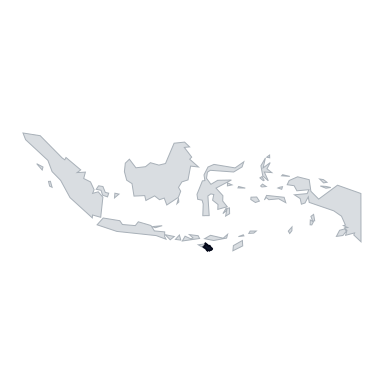 Sumba Timur, Nusa Tenggara Timur, Indonesia shown in context
{"feature_id": "22746128B15873256673931", "entity_name": "Sumba Timur", "entity_type": "district", "adm_level": 2, "iso_a3": "IDN", "parent_name": "Indonesia", "parent_adm1": "Nusa Tenggara Timur", "projection": "mercator", "projection_center": [120.165, -9.805], "detail": "fine", "context": "in_parent", "style": "filled", "palette": "ink", "viewbox_px": 384, "rotation_deg": 0, "n_neighbors": 0, "source": "geoboundaries", "source_scale": "gbopen_adm2", "svg_char_len": 5539}
<svg xmlns="http://www.w3.org/2000/svg" viewBox="0 0 384 384"><path d="M129.4,159.2L135.9,167.8L145.5,166.7L150.4,162.7L158.9,165.1L165.5,163.5L174.1,143.2L184.6,142.1L189.6,146.9L184.3,147.4L191.7,157.1L189.7,159.2L198.5,167.0L190.6,166.1L188.0,179.9L181.9,181.9L178.5,187.4L180.7,191.2L178.4,197.3L166.8,205.0L164.2,198.1L159.5,199.7L154.6,195.9L145.9,200.5L144.7,195.6L134.0,196.1L132.0,183.6L126.7,180.2L124.4,171.6L125.3,163.2L129.4,159.2ZM23.0,133.0L40.2,135.7L62.2,158.0L64.8,159.8L66.0,157.5L80.7,169.9L77.1,172.6L85.4,172.1L83.7,178.5L90.5,181.9L94.1,189.7L92.6,193.4L98.2,191.8L102.9,197.2L100.7,217.3L92.6,215.0L92.3,217.9L70.0,197.6L60.6,180.3L52.1,171.6L47.9,160.4L25.6,139.7L23.0,133.0ZM360.9,193.5L361.0,241.8L353.8,235.0L354.6,232.9L345.6,235.3L347.0,230.4L344.5,227.9L345.4,227.5L346.8,227.7L347.7,227.5L343.4,225.6L345.4,225.0L341.5,216.2L333.7,210.8L309.2,202.4L308.3,196.8L305.0,203.0L301.4,204.2L300.2,198.6L294.4,194.8L307.2,193.6L308.9,189.7L296.9,190.8L294.1,185.7L287.2,184.7L289.2,180.5L297.6,176.8L309.2,179.7L310.9,191.3L318.7,199.1L337.5,185.2L360.9,193.5ZM242.1,166.9L233.7,172.0L210.3,170.3L207.4,172.2L206.5,178.3L210.9,184.3L217.7,180.3L231.4,180.0L216.0,188.1L222.9,195.7L222.7,201.0L227.2,206.7L217.8,209.4L218.0,204.5L212.6,200.2L213.8,194.5L210.8,193.9L207.9,196.0L209.2,215.6L202.8,215.7L203.2,204.0L202.1,200.2L197.7,199.3L197.0,194.3L202.4,180.9L204.9,180.6L204.0,174.9L208.0,167.0L214.0,164.4L235.1,167.9L243.8,161.8L242.1,166.9ZM103.2,218.0L119.8,220.7L122.4,224.5L135.3,225.6L138.3,221.8L150.9,225.5L154.4,230.9L164.7,231.9L164.6,236.5L166.0,239.2L156.2,235.6L116.8,231.4L97.1,224.8L103.2,218.0ZM263.1,167.9L270.2,162.6L267.0,168.8L271.8,172.6L264.3,172.0L268.3,180.8L262.8,176.0L260.9,165.8L265.4,158.0L263.1,167.9ZM266.6,195.4L284.1,197.3L285.8,202.7L278.7,198.8L268.9,199.7L266.1,197.5L264.4,200.0L266.6,195.4ZM226.6,238.1L213.7,240.5L204.6,238.7L210.5,235.3L223.2,238.2L227.6,234.3L226.6,238.1ZM189.4,234.6L198.1,235.7L199.6,238.5L182.3,241.0L185.1,236.2L191.0,238.9L193.0,237.9L189.4,234.6ZM242.4,240.5L242.7,245.9L232.9,250.8L233.4,245.6L242.4,240.5ZM102.9,186.5L105.3,192.4L108.7,193.2L107.5,196.9L102.6,195.1L101.0,190.3L96.2,189.3L98.6,185.8L102.9,186.5ZM342.9,235.5L336.4,236.4L339.6,230.3L344.7,228.9L346.3,231.2L342.9,235.5ZM206.1,243.8L210.1,246.3L212.0,249.3L207.9,250.3L198.3,244.8L206.1,243.8ZM256.7,197.0L259.4,201.1L255.4,202.5L250.8,199.5L251.0,197.2L256.7,197.0ZM165.2,234.7L174.3,236.5L170.2,239.8L165.2,234.7ZM179.4,235.0L180.8,240.1L175.4,239.4L179.4,235.0ZM119.0,194.1L114.5,197.9L114.9,193.2L119.0,194.1ZM313.6,214.4L314.7,220.8L312.7,221.1L310.9,216.4L313.6,214.4ZM162.2,225.7L155.3,227.7L152.3,226.6L162.2,225.7ZM229.5,207.9L229.6,213.7L225.6,216.1L227.1,208.4L229.5,207.9ZM36.7,163.7L43.0,167.0L42.2,170.0L36.7,163.7ZM52.1,187.3L49.6,186.1L48.5,181.4L50.4,181.3L52.1,187.3ZM289.7,233.5L288.3,231.1L292.0,226.9L291.9,230.7L289.7,233.5ZM282.6,174.7L289.8,176.4L281.6,175.8L282.6,174.7ZM238.6,186.5L245.3,188.1L238.0,187.9L238.6,186.5ZM226.4,210.7L222.9,213.6L226.0,208.4L226.4,210.7ZM319.6,179.0L323.4,179.6L327.0,182.3L323.6,182.9L319.6,179.0ZM256.3,231.0L253.8,233.1L248.8,233.4L250.2,231.0L256.3,231.0ZM313.4,221.9L311.8,224.9L310.1,224.8L310.3,220.0L313.4,221.9ZM266.2,186.5L261.9,187.0L260.6,186.0L262.5,184.1L266.2,186.5ZM320.3,186.0L325.7,186.4L330.8,187.5L325.9,188.2L320.3,186.0ZM227.5,182.9L232.0,184.9L227.4,185.9L227.5,182.9ZM269.7,157.8L266.7,157.2L269.6,155.0L269.7,157.8ZM238.4,236.6L243.3,234.8L243.9,235.9L238.4,236.6ZM282.5,186.7L281.7,189.3L277.9,188.0L279.8,187.2L282.5,186.7ZM178.8,202.0L176.9,203.8L178.5,198.2L178.8,202.0ZM261.9,176.6L264.2,180.2L263.3,180.7L259.9,177.9L261.9,176.6Z" fill="#d9dde1" stroke="#a8b0b8" stroke-width="1"/><path d="M203.9,247.2L203.6,247.2L203.7,247.3L203.8,247.3L204.0,247.4L204.0,247.5L204.3,247.7L204.4,247.8L204.5,247.8L204.8,247.9L205.0,247.9L205.1,248.0L205.3,248.1L205.3,248.3L205.5,248.3L205.8,248.6L206.0,248.7L206.0,248.8L206.1,249.0L206.1,249.3L206.3,249.4L206.5,249.6L206.6,249.8L206.8,249.8L207.0,249.9L207.0,250.0L207.2,250.3L207.3,250.3L207.3,250.2L207.5,250.2L207.6,250.3L207.8,250.3L208.0,250.3L208.3,250.4L208.5,250.3L208.9,250.5L209.2,250.7L209.3,250.8L209.4,250.7L209.5,250.7L209.6,250.4L209.8,250.4L210.1,250.2L210.2,250.3L210.3,250.3L210.5,250.3L210.7,250.2L211.0,250.2L211.3,250.0L211.4,249.9L211.5,249.9L211.6,249.7L211.9,249.5L212.0,249.4L212.2,249.2L212.3,249.0L212.3,248.7L212.2,248.6L212.1,248.4L211.9,248.2L211.7,248.0L211.6,247.9L211.4,247.9L211.2,247.8L211.2,247.7L210.9,247.5L210.7,247.1L210.6,246.9L210.5,246.7L210.4,246.4L210.2,246.3L210.2,246.2L209.9,246.1L209.7,246.1L209.7,245.9L209.6,245.6L209.4,245.6L209.2,245.7L208.9,245.7L208.8,245.8L208.7,245.8L208.4,246.0L208.3,245.9L208.2,245.8L208.1,245.7L208.0,245.8L207.9,245.7L207.9,245.8L207.8,245.7L207.7,245.6L207.8,245.5L207.7,245.3L207.7,245.1L207.7,244.9L207.6,244.7L207.4,244.5L207.2,244.5L206.9,244.6L206.7,244.5L206.6,244.4L206.4,244.2L206.3,243.9L206.2,243.9L206.0,243.7L205.7,243.4L205.6,243.2L205.4,243.1L205.2,243.4L205.1,243.5L205.2,243.8L205.3,243.8L205.4,244.0L205.3,244.4L205.4,244.5L205.5,244.6L205.4,244.6L205.5,244.6L205.4,244.6L205.3,244.8L205.2,244.8L205.1,245.0L204.9,245.2L204.9,245.3L204.8,245.5L204.9,245.9L204.8,246.0L204.6,246.0L204.4,246.0L204.1,246.0L204.0,246.3L204.2,246.5L204.1,246.8L204.1,247.0L204.0,247.3L203.9,247.2ZM207.6,250.7L207.5,250.8L207.4,250.8L207.5,250.9L207.6,250.7ZM206.9,251.0L206.9,250.9L207.0,250.9L206.9,250.9L206.9,251.0Z" fill="#0f172a" stroke="#020617" stroke-width="1.5"/></svg>